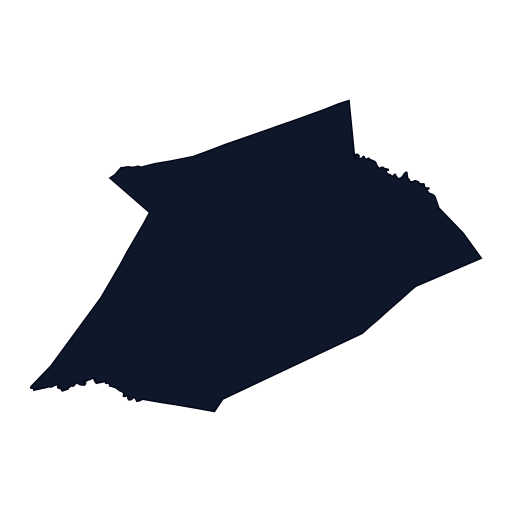 Gwembe, Southern, Zambia (orthographic projection)
{"feature_id": "96606910B99334137269025", "entity_name": "Gwembe", "entity_type": "district", "adm_level": 2, "iso_a3": "ZMB", "parent_name": "Zambia", "parent_adm1": "Southern", "projection": "orthographic", "projection_center": [27.8, -16.661], "detail": "fine", "context": "isolated", "style": "filled", "palette": "ink", "viewbox_px": 512, "rotation_deg": 0, "n_neighbors": 0, "source": "geoboundaries", "source_scale": "gbopen_adm2", "svg_char_len": 5762}
<svg xmlns="http://www.w3.org/2000/svg" viewBox="0 0 512 512"><path d="M349.0,100.5L338.7,103.8L324.4,109.5L295.1,120.1L276.6,126.5L273.4,127.7L256.6,133.6L225.7,144.3L210.6,150.1L193.3,156.5L170.9,161.0L154.8,163.7L143.9,166.5L143.4,166.6L143.1,166.7L142.6,167.1L142.4,167.1L141.5,167.0L141.1,167.4L140.9,167.4L140.7,167.3L140.4,167.1L140.0,167.0L139.7,166.6L138.3,166.3L138.0,166.5L137.9,166.5L137.7,166.3L137.2,166.4L136.9,166.4L136.8,166.7L136.7,166.8L135.5,166.8L135.2,166.9L134.8,167.0L134.6,167.2L134.1,167.2L133.5,167.1L133.1,167.1L132.8,167.3L132.6,167.4L132.2,167.4L131.4,167.4L130.9,167.3L130.7,167.1L130.2,167.3L129.6,167.2L129.5,166.9L129.2,167.1L128.5,166.9L128.3,167.1L127.9,167.1L127.7,167.1L127.1,166.8L126.4,167.1L125.9,167.0L125.1,167.1L124.7,167.3L123.5,167.6L122.2,167.8L121.2,167.5L114.9,174.7L110.1,177.9L109.9,178.0L149.6,212.5L143.7,223.4L126.5,252.9L120.5,264.2L101.0,297.6L51.0,365.8L31.0,386.6L30.9,386.8L30.9,387.0L30.7,387.7L30.8,387.9L30.9,388.1L32.4,388.4L33.4,388.4L33.6,388.4L33.7,388.7L33.7,388.9L33.8,389.3L33.8,389.9L33.9,390.3L34.2,390.3L34.6,390.2L34.9,389.9L35.2,389.8L35.9,389.6L36.3,389.6L37.6,389.3L38.3,389.3L38.8,389.2L39.1,388.9L40.8,388.8L41.1,388.6L41.2,388.4L41.9,388.3L42.7,388.2L43.2,388.2L44.0,387.9L45.1,387.9L46.4,387.3L47.5,387.2L48.7,386.8L49.0,386.8L49.4,386.9L49.8,386.8L50.1,386.8L50.4,387.0L51.0,387.1L51.3,387.0L52.1,386.7L53.4,386.1L54.3,385.4L55.6,385.0L58.2,384.7L58.7,385.1L58.8,385.4L58.8,386.2L58.7,386.4L58.4,386.4L57.9,386.3L57.7,386.7L57.6,387.4L57.7,387.7L58.0,387.9L58.8,388.1L59.3,388.4L60.1,388.4L60.5,388.5L61.1,389.1L61.3,389.4L61.4,389.7L61.6,389.9L61.8,390.6L62.0,390.8L62.3,390.9L62.7,390.9L63.5,390.6L64.9,390.1L65.6,389.8L67.7,389.3L67.9,389.1L68.1,388.7L68.5,387.7L68.8,387.2L69.2,387.1L69.8,387.1L70.6,386.2L71.0,385.6L72.2,386.1L72.6,386.2L72.9,386.2L73.3,386.0L73.7,385.8L74.5,385.1L74.7,384.8L75.9,382.9L76.3,382.8L76.7,382.9L77.5,383.3L77.7,383.5L77.9,383.4L79.5,384.4L80.1,384.6L81.3,385.0L81.9,384.9L82.4,384.7L83.2,384.9L83.6,385.1L83.7,385.3L83.9,385.3L84.4,385.1L84.9,384.6L85.3,384.2L85.6,383.5L85.6,382.9L85.0,382.8L84.5,382.6L84.2,382.3L83.5,381.2L83.5,380.9L83.8,380.5L84.4,380.7L85.1,381.0L85.8,381.2L86.2,381.1L87.6,380.4L88.6,379.8L89.6,379.5L90.3,379.5L91.1,378.8L91.7,378.6L92.3,378.5L92.7,378.4L93.2,378.4L93.5,378.5L94.1,379.1L94.2,379.9L94.3,380.2L94.4,380.3L94.7,380.4L94.9,380.6L94.8,380.8L94.9,381.4L96.0,383.0L96.4,383.3L96.6,383.4L96.8,383.4L97.5,383.0L101.0,382.4L105.0,381.5L105.4,381.6L105.7,381.7L105.8,381.8L105.7,382.2L105.5,382.7L105.5,382.8L105.6,383.1L105.9,383.3L106.2,383.4L106.9,383.3L107.7,383.2L108.8,382.7L109.0,382.8L109.2,383.6L109.3,383.9L109.3,384.6L109.5,385.1L109.7,385.7L110.1,386.2L110.3,386.3L110.6,386.2L111.7,386.2L111.8,386.3L112.5,386.7L113.9,387.1L115.3,387.4L116.3,388.2L118.4,389.7L119.4,390.6L120.6,391.1L121.4,391.3L121.9,391.6L122.5,391.9L122.8,392.3L123.3,392.7L123.6,393.1L123.8,393.6L123.7,394.1L123.3,395.8L123.3,396.0L123.6,396.4L123.8,396.5L125.3,396.3L126.4,395.9L126.7,395.9L127.4,396.3L127.6,396.5L127.8,396.9L127.9,398.0L128.1,398.9L128.5,399.5L129.0,399.9L129.5,399.9L130.9,399.7L131.3,399.5L132.1,398.9L133.0,398.0L133.4,397.8L133.8,397.7L134.8,397.9L135.4,398.3L135.6,398.6L135.8,399.3L136.5,400.6L136.6,401.0L136.9,401.3L137.2,401.2L137.7,401.2L139.6,400.7L140.7,400.3L142.0,399.3L143.7,399.4L162.8,402.7L174.7,404.5L192.8,407.6L214.5,411.5L219.7,403.6L222.8,399.1L279.5,372.3L362.3,333.3L372.8,323.9L375.9,321.5L382.9,315.2L388.3,310.3L402.4,298.0L410.9,290.3L415.7,286.3L481.3,258.2L463.1,233.1L438.8,207.9L435.2,197.2L434.6,196.1L433.3,195.0L431.7,194.1L431.4,194.1L430.0,193.6L429.3,193.3L428.9,193.0L428.1,191.9L427.5,191.4L427.1,191.2L426.9,191.0L426.8,190.5L427.2,189.7L428.5,188.9L428.9,188.6L429.0,188.2L428.8,188.0L428.4,187.9L428.2,187.9L427.0,188.1L426.6,188.1L426.0,188.0L425.7,187.9L424.8,187.1L424.6,186.6L424.4,186.3L424.3,184.9L424.1,184.5L423.9,183.9L423.6,183.8L423.0,183.9L422.5,184.0L421.8,183.9L419.3,183.4L419.0,183.1L418.7,182.6L418.6,182.0L418.2,181.7L416.4,181.1L415.8,180.8L415.0,180.8L414.4,180.9L413.5,181.3L412.9,181.7L412.2,181.8L411.4,181.8L410.5,181.7L410.1,181.5L409.7,181.0L409.1,180.0L409.1,179.6L408.9,179.3L408.7,179.0L407.8,178.3L407.4,177.8L407.4,177.6L407.5,177.0L407.4,176.6L407.4,176.0L407.3,175.6L407.2,174.8L407.0,173.7L407.0,172.7L406.8,172.4L406.5,172.2L405.9,172.3L405.6,172.5L405.0,173.1L404.5,173.5L404.3,173.8L402.5,176.4L401.7,177.2L401.3,177.6L400.0,178.4L399.4,178.5L398.7,178.5L398.1,178.3L397.7,178.1L397.1,177.5L396.7,176.9L396.2,176.3L396.0,176.0L395.6,174.8L395.4,174.6L395.0,174.3L394.7,174.3L394.4,174.4L394.2,174.6L393.7,175.6L393.2,175.9L392.6,176.1L392.1,176.1L391.8,176.0L391.4,175.8L390.7,175.2L390.5,174.9L390.2,174.7L389.6,174.6L388.7,174.3L387.7,173.8L387.5,173.6L387.2,173.4L386.8,172.7L386.4,171.6L386.0,171.2L385.9,170.9L386.0,170.6L386.5,170.1L387.0,169.8L387.5,169.8L387.7,170.3L387.8,170.4L388.1,170.4L388.4,170.2L388.5,170.0L388.4,169.8L388.3,169.5L388.0,169.4L387.3,169.1L386.1,168.9L384.7,168.6L383.9,168.1L383.5,167.7L383.0,167.4L382.5,167.2L382.1,167.2L381.7,167.3L380.4,167.7L379.6,168.2L379.2,168.3L378.7,168.1L378.5,167.9L376.9,165.4L375.9,163.3L375.8,162.4L375.4,162.1L375.2,161.9L374.8,161.5L373.5,161.0L372.0,160.2L371.2,160.0L370.7,159.8L370.2,160.1L369.8,160.0L369.5,159.0L369.1,158.4L368.9,158.2L368.4,158.2L367.8,158.5L367.4,159.1L367.0,159.5L366.6,159.4L365.9,159.0L365.1,158.4L364.4,158.0L364.0,157.6L364.1,157.0L364.1,156.6L363.5,156.4L363.2,156.5L362.2,157.9L361.1,158.4L359.3,158.5L358.6,158.4L358.6,157.9L358.6,157.4L359.1,156.4L359.1,155.7L358.5,155.0L357.9,154.6L357.1,154.2L356.4,154.2L355.9,154.5L355.8,154.9L355.6,157.2L354.8,158.9L349.0,100.5Z" fill="#0f172a" stroke="#020617" stroke-width="1.5"/></svg>